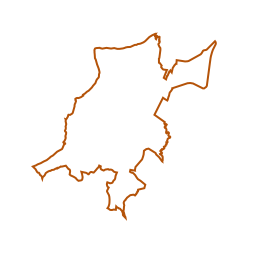 outline of Puerto Colombia, Atlántico, Colombia, rotated 351°
{"feature_id": "7082276B53697702098906", "entity_name": "Puerto Colombia", "entity_type": "district", "adm_level": 2, "iso_a3": "COL", "parent_name": "Colombia", "parent_adm1": "Atlántico", "projection": "equal_earth", "projection_center": [-74.901, 10.997], "detail": "fine", "context": "isolated", "style": "outline", "palette": "amber", "viewbox_px": 256, "rotation_deg": 351, "n_neighbors": 0, "source": "geoboundaries", "source_scale": "gbopen_adm2", "svg_char_len": 5769}
<svg xmlns="http://www.w3.org/2000/svg" viewBox="0 0 256 256"><g transform="rotate(351 128 128)"><path d="M168.5,39.6L166.4,40.2L163.3,41.5L158.6,44.9L156.7,45.8L153.6,46.6L152.1,46.7L151.0,46.6L149.4,47.2L147.7,47.0L143.0,48.3L140.1,48.0L138.2,48.1L137.2,48.4L135.4,48.6L131.7,48.5L129.9,48.2L126.9,46.9L123.7,46.9L119.3,45.5L114.9,45.6L114.0,45.1L113.2,44.9L112.7,44.4L109.1,44.1L107.8,44.4L107.0,45.8L107.0,46.9L106.8,47.5L106.6,50.7L106.3,53.7L106.4,54.4L106.8,55.1L107.4,60.3L108.3,64.6L108.6,67.7L108.5,69.1L107.8,70.3L107.4,72.2L107.1,73.2L106.8,73.6L105.4,74.7L104.6,75.5L103.9,76.6L102.8,78.6L100.1,80.8L98.7,82.3L95.0,85.0L93.0,85.8L91.1,87.1L88.6,88.2L88.5,88.8L88.7,89.1L86.3,90.2L83.8,90.7L82.8,90.4L81.9,90.4L80.6,90.9L80.5,91.3L80.8,91.6L80.5,92.5L80.8,92.8L80.8,93.4L79.8,95.3L79.2,96.1L78.8,97.1L78.6,98.3L75.8,104.4L75.0,105.1L72.8,106.0L71.3,105.6L70.9,106.0L70.5,107.2L69.3,108.7L68.2,109.9L67.7,109.6L67.8,110.1L67.4,111.8L67.6,112.6L67.4,113.2L67.6,113.9L67.6,114.5L66.8,116.4L66.6,116.6L66.6,118.2L66.3,119.3L65.3,120.8L65.4,121.6L66.0,122.2L66.2,122.6L66.1,123.4L65.8,124.5L65.1,125.7L64.8,126.9L65.0,127.1L65.0,127.5L64.7,128.7L63.3,130.8L62.1,131.7L61.9,132.0L62.3,132.9L63.5,133.3L63.5,133.7L62.1,134.5L60.0,137.9L59.5,138.5L54.3,140.3L49.6,143.4L47.0,144.4L46.1,145.1L42.7,147.0L39.5,147.9L36.3,149.1L33.0,149.8L31.3,150.5L28.0,151.2L30.3,154.3L31.3,157.1L32.0,158.0L33.0,158.3L33.4,159.0L33.6,160.1L34.0,160.9L34.6,161.3L35.3,162.6L35.4,163.0L35.3,164.2L35.4,164.7L35.6,164.2L35.7,163.5L38.2,161.8L39.7,159.7L41.7,158.7L43.7,158.1L44.8,158.2L46.0,157.6L48.3,157.6L50.1,156.8L50.8,156.9L51.7,156.4L51.9,156.9L55.0,155.8L55.6,155.5L56.5,155.8L60.7,155.5L62.9,159.4L63.6,159.6L64.0,160.3L64.1,161.0L64.0,162.0L63.1,164.8L63.9,165.8L66.6,167.6L68.5,169.2L69.4,170.8L70.8,172.4L73.4,172.4L74.3,172.1L74.8,171.5L75.4,169.8L75.5,169.2L75.4,166.1L75.1,164.0L79.6,165.7L80.5,166.4L81.5,167.5L82.0,167.5L83.2,166.2L84.2,165.7L85.3,165.8L86.7,166.6L87.2,166.6L89.1,165.1L91.6,162.9L92.7,162.2L93.7,160.6L95.1,161.6L94.6,163.0L94.7,164.1L95.3,164.9L96.5,165.7L97.4,166.2L99.1,165.5L101.5,165.5L102.3,165.7L102.7,166.2L103.0,166.3L104.1,166.3L105.1,166.6L106.0,167.2L107.2,168.9L108.4,169.6L110.1,170.2L108.2,173.4L107.6,175.4L107.2,176.3L106.6,177.0L105.5,177.7L104.1,179.5L103.2,179.8L101.6,179.8L99.1,178.4L98.6,179.3L98.3,180.4L98.4,181.9L98.7,182.9L99.6,183.8L97.7,186.4L97.4,187.0L97.4,187.6L98.7,191.4L98.8,193.2L98.6,195.7L98.0,198.8L97.6,200.3L96.5,202.6L95.2,204.0L96.3,204.8L97.3,205.9L98.2,206.3L99.4,206.5L101.2,206.3L103.2,206.9L104.1,203.6L105.1,205.0L106.1,205.5L106.5,206.1L107.2,206.3L107.7,206.7L108.3,207.9L108.9,208.5L109.6,211.4L109.4,213.0L109.5,213.5L111.5,216.4L111.5,215.5L111.0,214.2L110.7,210.7L110.6,210.4L110.5,209.6L110.7,208.7L111.1,207.8L111.8,204.8L112.2,203.9L112.0,201.3L112.4,200.4L112.7,199.9L113.5,199.2L113.9,198.8L114.3,198.7L114.7,198.0L115.5,197.4L116.1,196.7L119.8,194.7L122.9,194.7L123.4,194.9L123.9,195.5L124.5,195.7L125.0,195.0L125.7,194.8L125.9,194.0L126.9,193.4L127.2,192.3L127.9,192.2L128.1,191.7L128.1,191.0L128.3,190.5L134.7,190.0L136.2,186.7L132.1,182.1L129.8,180.1L128.9,178.4L127.7,175.6L126.2,173.5L125.3,172.8L124.4,172.6L123.1,171.5L123.8,169.7L128.2,171.2L128.2,170.7L129.3,167.7L137.0,161.2L138.3,158.8L139.3,156.6L140.2,153.0L142.8,151.7L145.1,151.6L151.3,157.0L151.7,158.6L154.2,161.8L156.4,166.2L156.6,166.4L156.6,166.1L157.1,165.6L157.3,164.8L157.7,162.1L157.6,161.2L156.9,160.4L156.6,159.6L155.6,159.0L155.5,158.7L156.2,158.4L157.0,158.7L157.2,158.4L157.4,158.5L157.7,158.0L157.4,157.3L156.8,156.6L156.8,156.0L156.4,155.7L157.0,155.1L157.5,155.2L157.7,154.6L157.9,154.5L158.1,154.6L158.2,154.3L158.6,154.4L158.8,154.6L159.5,154.0L159.7,153.9L160.0,154.2L160.7,153.7L160.9,153.0L160.7,152.9L160.6,152.1L161.3,152.0L162.2,151.7L162.4,151.4L162.4,150.9L163.0,150.3L163.4,150.3L163.5,150.1L163.4,149.7L163.6,149.6L163.6,149.1L163.8,149.1L163.7,148.5L164.0,148.6L164.1,148.4L164.8,148.2L164.9,147.7L164.6,147.1L164.6,146.7L165.3,145.6L165.5,145.0L166.4,144.4L167.9,144.2L168.2,143.9L168.3,143.2L168.2,143.0L167.2,142.5L166.7,141.6L166.9,140.9L167.6,139.6L167.6,139.1L167.2,138.5L166.8,138.4L165.3,139.3L165.0,139.0L164.9,138.5L165.2,137.4L165.6,136.6L165.7,135.4L165.6,134.8L165.2,134.1L165.2,133.8L164.7,133.8L164.5,133.6L164.3,132.9L164.6,132.3L165.0,132.4L166.1,131.6L166.4,131.2L166.3,130.7L166.6,130.5L166.5,130.4L166.1,130.0L165.5,130.4L164.9,130.1L164.6,129.4L164.6,129.0L164.9,128.3L165.2,127.9L156.2,119.1L167.3,103.6L168.7,105.0L171.1,107.0L171.7,106.2L172.9,103.5L173.5,102.7L174.5,100.1L174.8,99.5L176.6,97.9L177.8,96.5L178.0,96.3L177.9,95.7L193.8,93.1L196.5,93.3L199.2,94.2L208.2,100.6L209.4,100.8L211.7,99.6L212.5,98.6L219.1,76.4L220.5,71.8L221.2,69.9L222.8,66.4L224.1,64.0L227.7,59.0L228.0,58.1L228.0,56.9L227.5,55.9L218.0,62.9L217.3,63.1L214.9,63.2L214.2,63.5L212.4,65.7L211.3,66.6L198.4,71.3L197.2,71.4L194.8,71.2L186.7,68.6L185.9,72.0L185.6,71.8L184.7,72.5L184.4,72.9L183.9,73.1L181.6,75.7L179.9,79.9L178.9,77.8L177.2,79.8L177.1,79.5L176.5,80.4L175.9,81.7L174.6,83.3L174.5,83.2L173.2,85.9L171.2,84.0L175.5,76.8L172.1,75.8L171.6,75.4L170.7,73.9L170.3,73.1L170.7,72.0L171.0,71.6L169.5,68.8L169.2,68.7L168.8,68.4L169.4,64.3L169.7,64.1L170.0,63.5L172.2,56.0L172.4,54.7L172.4,53.9L171.7,52.6L171.1,50.2L171.3,49.6L172.4,48.7L172.7,48.1L172.9,47.3L172.4,47.0L172.6,46.6L172.5,46.3L172.8,45.6L172.6,45.5L173.2,44.1L173.4,43.0L173.0,42.7L172.5,42.9L172.0,42.7L171.8,42.9L171.6,42.8L171.1,41.7L170.6,41.7L170.2,43.2L170.2,43.9L169.7,44.7L169.3,44.2L169.3,43.4L170.2,42.2L170.1,41.7L170.5,41.3L170.0,40.9L169.2,41.8L169.0,41.6L169.0,41.3L169.4,40.7L169.7,40.6L169.7,40.2L170.1,39.6L169.6,39.7L168.6,40.2L168.4,39.8L168.5,39.6Z" fill="none" stroke="#b45309" stroke-width="2"/></g></svg>